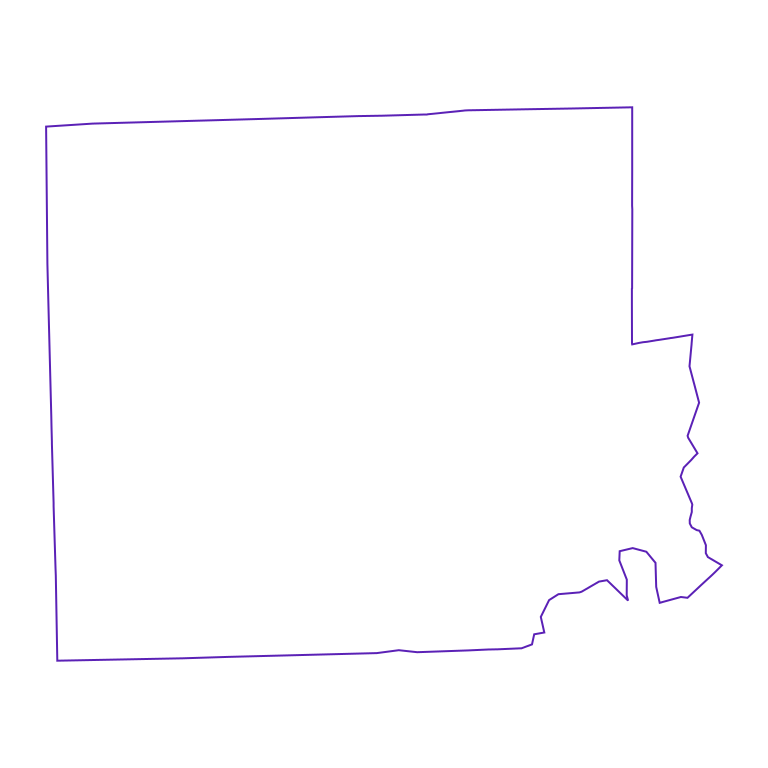 Providence, Rhode Island, United States of America (Albers equal-area conic projection)
{"feature_id": "52423323B73822827864171", "entity_name": "Providence", "entity_type": "district", "adm_level": 2, "iso_a3": "USA", "parent_name": "United States of America", "parent_adm1": "Rhode Island", "projection": "albers", "projection_center": [-71.447, 41.872], "detail": "fine", "context": "isolated", "style": "outline", "palette": "violet", "viewbox_px": 768, "rotation_deg": 0, "n_neighbors": 0, "source": "geoboundaries", "source_scale": "gbopen_adm2", "svg_char_len": 1554}
<svg xmlns="http://www.w3.org/2000/svg" viewBox="0 0 768 768"><path d="M628.1,600.7L626.7,595.3L626.8,582.1L626.8,579.6L619.3,560.4L619.7,551.2L631.0,548.5L632.7,548.1L646.2,551.7L646.4,551.8L653.8,560.8L655.5,562.8L656.2,586.9L659.2,600.6L659.7,602.8L680.9,597.0L687.5,597.8L701.2,585.0L712.4,574.7L715.2,572.0L721.9,565.3L707.9,557.1L705.8,553.2L705.9,545.2L701.8,534.9L699.4,530.7L696.7,530.1L691.8,527.3L689.8,523.5L689.7,520.0L690.5,516.7L691.8,512.0L691.8,508.1L692.3,504.7L691.9,503.3L680.6,476.7L683.8,467.5L691.3,459.9L694.1,456.7L697.5,453.3L688.2,437.8L687.6,435.8L698.4,404.7L699.1,402.7L694.3,384.4L693.7,382.2L689.5,366.3L691.6,344.0L691.6,343.6L692.4,334.6L691.0,334.8L672.7,337.8L670.2,338.1L669.9,338.2L658.9,339.9L655.9,340.3L654.9,340.5L647.0,341.8L643.1,342.2L639.1,342.9L632.2,344.4L632.0,343.4L631.9,303.9L631.9,303.6L631.9,288.7L632.1,288.4L632.3,209.3L632.1,205.7L632.2,171.0L632.2,107.3L572.0,108.5L524.6,109.3L468.3,110.3L466.0,110.4L464.6,110.5L463.0,110.7L427.6,114.3L427.1,114.5L425.0,114.5L382.5,115.7L358.0,116.1L344.0,116.5L316.1,117.3L262.0,118.9L212.1,120.3L92.7,123.6L46.1,126.6L47.4,263.8L48.3,299.9L51.3,416.7L51.5,426.6L51.9,441.8L51.9,443.7L53.6,503.1L53.6,506.2L55.5,567.6L55.8,575.6L57.3,660.7L182.9,658.3L228.2,656.9L376.8,653.1L398.8,650.2L417.2,652.2L468.6,650.4L488.2,649.5L498.0,649.3L521.0,648.3L521.5,648.3L532.0,644.4L534.2,634.3L544.3,632.5L540.8,616.9L549.1,600.1L558.4,594.2L579.5,592.4L581.6,591.7L599.0,581.6L607.0,580.2L627.9,600.4L628.1,600.7Z" fill="none" stroke="#5b21b6" stroke-width="2"/></svg>